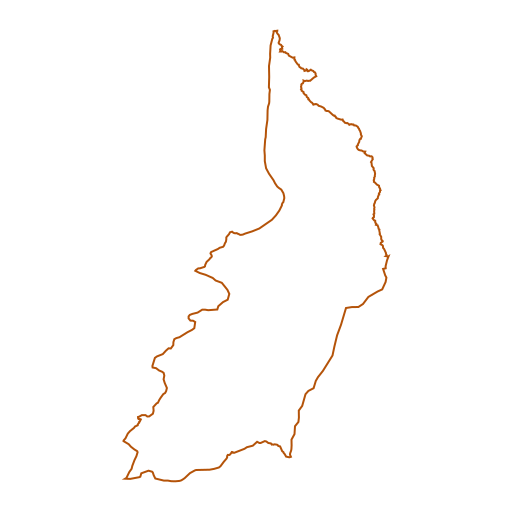 the district of Samphanh, Phôngsali, Laos
{"feature_id": "54806243B8043974283076", "entity_name": "Samphanh", "entity_type": "district", "adm_level": 2, "iso_a3": "LAO", "parent_name": "Laos", "parent_adm1": "Phôngsali", "projection": "albers", "projection_center": [102.522, 21.656], "detail": "fine", "context": "isolated", "style": "outline", "palette": "amber", "viewbox_px": 512, "rotation_deg": 0, "n_neighbors": 0, "source": "geoboundaries", "source_scale": "gbopen_adm2", "svg_char_len": 6030}
<svg xmlns="http://www.w3.org/2000/svg" viewBox="0 0 512 512"><path d="M125.2,478.7L130.2,478.9L139.2,477.2L140.3,476.7L141.3,473.3L148.5,470.7L152.1,471.7L152.8,472.5L153.7,475.2L155.3,478.5L163.9,480.6L167.9,480.6L171.2,481.2L175.3,481.3L179.6,480.9L181.2,480.4L182.7,479.5L184.6,478.2L190.0,473.1L194.9,470.4L196.1,470.0L209.6,469.7L214.0,468.9L218.9,467.5L220.5,466.2L223.7,461.9L226.6,458.5L227.2,457.2L227.1,456.1L227.8,454.9L229.2,455.0L229.7,454.8L230.8,453.6L231.8,452.0L232.6,452.1L232.7,452.7L234.2,452.8L244.5,448.8L246.9,447.2L252.8,445.7L257.1,441.8L259.4,443.0L260.6,443.0L264.8,441.1L266.4,441.5L268.3,443.0L270.9,443.4L271.8,444.6L272.6,444.4L273.5,444.7L274.6,444.3L276.9,444.7L277.5,444.9L278.3,446.0L280.1,446.4L282.2,451.2L283.4,452.1L283.7,453.0L284.7,454.1L286.1,456.6L289.3,457.3L290.9,456.8L290.0,454.7L290.1,453.4L291.1,450.7L291.4,449.1L291.6,445.6L291.5,439.6L294.5,434.1L295.0,426.2L298.4,422.0L298.9,417.7L298.8,410.5L302.2,405.9L305.5,394.2L308.4,390.9L313.6,388.2L315.8,380.9L318.0,377.1L322.9,370.9L332.5,355.5L334.4,346.5L337.1,335.3L341.0,324.8L346.0,308.0L351.7,307.1L358.4,307.0L363.0,304.0L368.4,296.9L377.6,291.5L382.2,289.4L385.6,282.0L386.4,277.6L385.2,275.3L383.1,268.9L385.7,268.3L385.6,266.2L387.0,260.4L388.5,256.4L387.7,256.9L387.3,256.4L385.8,256.1L386.6,255.5L386.7,255.1L385.9,253.9L386.0,253.1L384.1,249.0L383.1,247.9L382.9,245.9L382.4,245.2L380.5,244.2L380.8,242.8L382.7,241.5L382.6,240.9L381.8,240.3L381.2,239.1L381.2,236.8L379.6,234.1L379.9,233.6L379.2,230.1L379.4,229.5L378.6,228.8L378.3,227.2L377.6,225.3L375.9,224.8L376.3,223.7L375.3,222.7L375.2,220.7L374.2,220.4L372.6,218.4L372.9,217.8L373.9,217.2L374.0,215.6L373.5,214.3L374.3,213.7L374.1,211.0L374.4,209.6L374.1,209.0L374.5,207.4L373.9,205.4L374.4,203.5L374.8,203.0L375.2,201.2L375.9,200.0L377.8,198.3L377.9,197.0L378.8,194.7L379.2,194.5L378.9,193.5L379.9,192.2L380.1,190.5L380.4,190.3L380.1,190.0L380.3,189.6L380.0,188.5L379.2,187.3L379.0,185.7L376.9,184.6L374.9,182.5L373.9,181.9L374.0,180.9L373.7,180.2L374.3,178.8L374.1,177.8L374.9,176.4L374.8,175.6L375.1,173.8L374.6,171.0L373.8,170.2L373.5,169.4L373.7,168.2L371.9,166.0L371.5,162.7L371.0,162.1L372.8,159.1L372.4,158.4L372.6,157.8L372.4,157.1L371.6,156.3L370.0,156.4L369.3,155.8L367.1,155.4L364.6,153.1L365.2,151.6L363.3,151.5L361.6,150.5L360.3,150.4L358.7,149.9L357.8,149.1L356.9,147.6L356.6,146.4L357.9,145.2L357.8,144.5L359.2,141.9L359.4,140.2L360.2,138.9L360.8,138.9L361.8,136.2L360.9,134.6L360.9,133.4L360.0,130.8L359.3,129.8L359.0,128.7L358.1,127.7L357.8,126.8L355.8,125.5L354.1,125.4L353.5,124.5L352.2,124.6L351.8,124.2L350.8,124.2L349.3,124.8L348.8,124.0L347.2,123.0L346.6,123.2L344.8,122.7L344.0,121.5L343.3,121.2L342.6,119.5L341.3,119.7L337.3,118.5L336.1,117.8L335.7,116.7L334.5,116.1L334.6,115.6L333.1,115.2L329.0,111.4L328.0,111.0L326.7,111.0L325.4,110.5L325.1,109.4L324.1,108.5L323.8,107.9L321.1,106.5L318.6,105.8L317.7,104.7L316.0,104.0L315.1,104.1L314.8,104.4L313.9,104.2L313.3,104.6L312.2,102.8L311.1,102.2L309.3,100.3L309.1,99.5L308.3,99.3L308.2,98.0L306.8,97.0L306.3,95.2L305.0,94.7L303.6,93.2L303.6,92.1L301.7,90.8L301.7,90.1L301.0,89.4L301.5,88.3L301.0,86.8L301.4,85.5L301.3,84.6L301.7,83.9L302.9,83.3L303.7,81.2L303.6,80.6L304.8,81.1L306.8,80.6L308.1,81.0L309.3,80.7L310.1,80.8L313.8,77.6L316.3,76.2L315.6,74.9L315.6,73.5L314.9,72.3L314.1,72.1L313.3,71.0L311.3,70.2L310.8,69.7L308.9,71.0L307.9,71.3L307.4,71.0L307.3,69.8L306.5,69.3L306.3,69.9L305.3,70.7L304.5,70.9L304.4,70.2L302.9,68.6L301.2,68.3L300.7,67.6L299.6,67.1L298.8,65.4L298.8,64.8L298.3,64.8L297.5,64.1L295.4,61.2L295.1,60.0L294.4,59.6L294.4,57.4L292.7,57.7L288.8,55.6L288.2,53.9L285.8,52.9L285.4,52.2L284.0,52.3L282.3,51.1L281.7,51.5L280.2,51.5L280.5,51.0L280.0,49.6L280.4,49.0L281.3,49.2L282.3,48.8L281.9,47.1L282.5,46.5L281.6,45.8L281.1,44.9L279.5,44.2L278.6,42.9L279.6,40.1L279.8,38.2L278.6,34.8L277.8,34.1L276.7,32.4L276.6,31.7L277.3,31.0L277.3,30.7L275.6,31.0L274.7,30.9L273.5,31.3L273.6,32.6L272.7,36.3L273.0,37.7L272.3,38.8L270.6,45.4L270.1,53.9L270.2,57.7L269.0,66.0L269.2,77.0L268.9,87.3L269.9,89.9L269.4,94.0L269.3,101.6L269.1,103.4L268.0,106.7L267.6,110.2L267.4,120.0L266.1,129.0L265.7,137.2L265.2,139.3L264.4,150.3L264.8,155.5L264.8,161.1L266.1,168.3L269.0,173.7L273.5,180.2L275.0,183.2L277.2,186.5L278.8,187.9L281.3,189.6L283.4,193.2L284.1,196.1L284.3,198.1L283.3,202.2L282.7,202.7L281.9,204.3L281.9,205.4L279.3,210.6L275.9,215.4L271.9,219.8L259.3,228.5L252.1,231.4L245.1,233.6L242.8,234.6L240.7,234.9L239.7,234.7L238.5,233.9L237.5,233.7L236.8,233.1L235.3,233.3L234.1,233.1L233.0,232.5L232.1,231.7L230.0,232.3L229.0,234.2L226.7,236.8L226.3,237.5L226.3,239.4L225.9,241.7L224.9,243.3L224.1,245.5L223.1,246.8L219.6,247.8L218.1,248.9L211.2,252.0L210.6,253.0L210.5,253.5L211.6,255.3L211.8,256.3L211.3,257.3L210.1,258.2L209.4,259.3L206.6,261.9L205.2,264.9L205.0,266.3L204.4,266.9L200.0,268.3L198.2,268.4L195.8,270.1L195.3,270.8L199.7,273.0L205.6,274.8L212.8,278.0L215.6,280.5L221.8,282.8L227.4,289.8L229.3,293.9L227.7,299.7L223.0,302.1L218.3,306.2L217.3,309.5L208.2,310.2L205.3,309.7L202.2,309.7L197.6,312.6L192.4,313.9L189.8,314.9L188.6,316.4L188.6,318.4L190.4,320.6L193.0,320.7L195.2,322.0L194.3,328.2L192.0,329.9L187.5,332.2L179.5,337.2L176.3,338.1L174.3,339.2L173.4,342.2L173.3,345.1L170.8,348.5L168.6,348.3L165.9,350.7L162.8,354.1L157.0,356.4L154.9,357.9L152.4,366.0L152.6,367.5L156.1,368.2L159.1,370.5L162.2,371.8L163.7,373.0L164.3,375.6L163.6,379.3L164.7,382.9L166.9,388.0L166.1,391.2L165.1,393.0L163.3,394.1L160.9,397.4L159.4,399.7L157.9,402.8L156.7,403.3L153.3,407.0L153.6,410.8L152.9,413.7L149.2,416.4L147.3,416.5L145.5,415.1L141.9,415.1L139.1,416.7L138.0,417.0L138.1,418.3L138.6,419.1L139.9,419.0L140.8,419.4L139.7,421.7L139.1,422.0L139.1,422.8L138.5,423.3L137.7,424.6L137.7,425.3L135.0,426.5L134.0,427.9L130.0,431.1L127.8,433.6L125.5,438.3L123.6,440.5L123.5,441.1L128.7,444.2L130.9,446.7L134.2,449.3L137.2,451.2L137.6,452.2L136.4,456.2L134.5,460.1L132.3,465.9L131.6,468.8L129.3,472.0L126.4,478.0L125.2,478.7Z" fill="none" stroke="#b45309" stroke-width="2"/></svg>